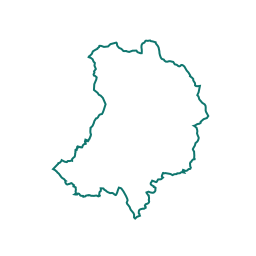 the district of Vorta, Hunedoara, Romania, rotated 37°
{"feature_id": "2599482B10924602672216", "entity_name": "Vorta", "entity_type": "district", "adm_level": 2, "iso_a3": "ROU", "parent_name": "Romania", "parent_adm1": "Hunedoara", "projection": "robinson", "projection_center": [22.662, 46.052], "detail": "fine", "context": "isolated", "style": "outline", "palette": "teal", "viewbox_px": 256, "rotation_deg": 37, "n_neighbors": 0, "source": "geoboundaries", "source_scale": "gbopen_adm2", "svg_char_len": 5821}
<svg xmlns="http://www.w3.org/2000/svg" viewBox="0 0 256 256"><g transform="rotate(37 128 128)"><path d="M188.2,196.0L188.4,195.0L188.6,193.6L189.2,192.7L190.3,190.9L189.1,190.2L188.9,189.8L187.9,189.6L187.2,188.7L186.6,187.6L186.4,186.9L186.7,185.7L187.1,185.1L187.6,184.4L187.8,184.3L188.5,183.3L189.3,183.0L190.1,181.0L189.3,180.5L189.2,180.1L188.5,180.1L188.2,179.9L188.1,179.7L188.0,178.4L188.3,177.7L189.0,176.9L189.3,176.2L189.5,174.9L189.0,173.8L187.8,172.9L187.7,172.4L187.2,171.6L186.3,170.5L185.2,169.8L185.1,169.4L184.5,169.5L183.9,169.2L182.5,168.9L181.6,168.5L181.5,168.4L182.2,167.3L182.7,166.5L184.6,166.0L186.4,165.1L187.1,164.5L187.5,163.8L187.5,163.1L187.7,162.6L187.6,161.8L187.4,161.3L186.5,160.1L186.2,159.4L185.9,159.1L185.6,159.1L184.1,159.6L183.7,159.1L182.8,159.2L181.3,159.4L180.7,159.4L180.0,159.2L179.4,158.5L179.3,158.2L179.2,157.7L179.3,156.9L179.0,155.5L183.0,154.3L183.3,153.8L183.0,151.0L183.6,150.4L184.6,149.7L185.4,148.7L185.5,147.7L185.8,146.5L184.9,146.4L184.6,146.5L184.3,146.5L183.6,145.3L183.5,144.5L183.0,142.9L183.1,142.7L184.2,142.4L185.0,141.5L189.3,139.3L189.8,139.1L191.6,138.9L192.0,138.8L192.6,137.3L193.5,136.4L194.3,135.8L194.6,135.4L194.6,134.6L195.9,133.6L196.7,132.8L196.9,131.9L197.2,131.3L197.6,130.8L199.7,129.8L198.7,129.4L197.5,129.2L197.2,128.3L197.8,128.1L199.7,127.7L200.4,127.0L200.9,126.1L201.1,124.4L201.7,123.9L202.2,123.3L202.3,123.1L202.0,121.8L200.8,121.2L198.8,118.9L198.5,117.8L198.9,116.7L198.6,115.8L199.0,113.7L200.0,112.9L199.9,112.6L198.7,111.9L197.7,110.3L194.9,107.0L193.9,106.7L192.5,105.9L192.2,104.1L192.0,101.9L191.8,101.4L191.6,100.8L191.0,99.5L191.5,97.2L191.4,95.9L190.8,94.0L190.2,93.1L187.9,91.8L186.3,90.7L185.5,89.1L184.5,88.0L183.8,87.5L182.7,86.6L182.1,86.6L180.1,86.4L179.4,86.5L180.1,85.5L180.8,83.6L181.5,82.5L182.1,82.1L182.8,80.7L182.9,80.0L182.3,79.4L182.5,78.2L183.1,75.4L183.7,74.5L185.0,72.6L184.9,70.1L180.5,68.1L179.4,67.2L177.6,64.7L176.5,63.6L175.0,63.0L172.1,63.2L167.7,62.2L165.3,60.4L163.6,60.1L162.9,57.0L160.1,51.1L158.6,52.6L157.1,53.6L155.9,53.6L155.3,52.7L154.4,51.8L151.6,50.8L151.1,50.3L150.6,49.6L149.2,49.3L146.3,49.3L146.1,48.6L142.9,47.3L140.3,46.8L136.1,45.0L134.5,44.9L133.6,45.0L133.0,45.3L132.7,45.6L132.5,46.0L132.5,46.9L132.0,47.8L131.5,48.1L130.3,48.3L130.0,48.2L128.9,48.2L127.0,49.0L124.4,48.0L123.8,48.2L123.2,48.6L122.0,49.0L120.6,49.9L119.7,51.2L118.4,52.2L116.7,52.3L115.5,51.8L113.3,52.5L111.8,52.0L109.8,50.7L108.2,49.4L106.8,47.8L104.1,45.4L102.6,44.6L99.3,43.7L98.5,42.9L95.6,44.0L93.9,44.9L93.0,44.8L92.1,45.7L91.4,46.5L89.8,47.4L89.5,48.2L89.7,49.9L88.7,51.8L89.0,53.7L90.1,55.4L91.8,57.1L93.0,58.6L93.9,60.0L92.9,60.8L89.9,61.7L88.2,61.1L85.2,63.4L83.2,66.5L81.3,67.4L80.2,67.6L79.2,68.5L78.0,69.3L76.6,69.0L75.0,68.8L72.7,69.4L70.8,69.0L69.7,68.6L68.0,67.0L67.2,66.9L63.5,71.6L63.0,74.9L60.0,77.7L57.4,78.5L56.0,79.3L55.7,79.8L56.2,80.8L55.7,82.6L55.9,83.2L55.1,84.7L53.9,87.7L53.9,88.2L54.5,90.6L54.2,92.7L54.0,93.9L53.7,94.4L53.9,95.1L56.1,94.4L58.4,94.4L60.5,95.7L62.4,96.0L63.7,98.4L66.8,100.2L66.8,103.2L67.9,104.0L68.2,105.9L69.2,106.6L70.2,106.2L72.5,106.4L73.5,108.4L74.7,113.3L77.9,118.1L82.5,118.2L84.7,119.0L86.7,118.6L89.8,119.1L95.8,122.5L97.9,128.5L98.6,130.9L98.8,132.5L97.6,133.9L97.2,135.3L97.6,137.6L97.3,139.0L96.7,139.6L96.8,140.9L96.9,141.8L97.0,142.9L97.5,144.0L97.6,144.6L97.9,145.0L98.0,146.1L98.3,146.9L98.4,147.9L98.2,149.2L98.0,150.1L98.0,150.6L98.7,151.2L98.7,151.5L99.5,152.7L99.7,153.0L99.9,153.3L100.7,154.2L100.9,154.5L102.3,155.4L102.4,155.8L102.9,156.5L102.9,157.1L103.2,157.5L103.2,158.2L103.4,158.8L103.7,159.4L103.8,159.6L103.6,160.3L103.9,161.6L104.0,161.8L104.0,162.4L102.9,162.4L103.0,163.4L102.7,163.5L102.2,162.9L101.7,162.7L101.0,162.9L101.8,164.8L102.5,165.2L102.8,165.7L103.6,165.8L103.8,166.1L103.1,166.8L102.7,167.2L102.4,168.6L102.5,169.3L102.8,170.3L103.0,170.9L102.9,171.3L101.9,171.7L101.7,172.0L100.8,172.1L100.4,172.8L99.1,172.8L98.8,173.0L98.8,173.8L99.0,174.1L99.5,174.1L99.5,174.7L99.8,174.7L99.9,174.9L99.8,175.6L100.0,176.1L100.3,176.4L100.3,176.6L100.0,176.7L99.3,176.8L99.2,177.0L100.2,178.6L100.7,179.0L100.9,179.4L101.0,180.0L101.6,180.7L102.6,182.7L102.7,183.1L102.3,184.5L102.1,186.0L102.1,186.5L103.1,187.8L102.3,188.1L101.6,189.2L101.1,189.7L100.0,190.4L99.7,190.8L99.8,191.6L99.6,192.1L97.8,193.0L94.4,193.6L94.6,194.1L94.6,194.6L94.5,196.6L94.2,197.2L93.7,197.7L93.5,198.0L93.7,198.5L93.8,198.7L93.7,198.8L93.7,199.2L92.9,205.9L95.2,205.5L96.5,205.7L97.0,205.6L98.4,206.0L98.7,206.1L99.0,206.0L100.3,206.1L100.9,206.3L101.7,206.5L102.2,206.8L102.4,206.7L104.4,207.4L105.6,207.5L107.6,207.3L108.4,207.4L109.1,207.7L109.6,207.7L109.5,207.8L110.3,208.3L110.4,208.9L110.9,209.3L112.6,209.9L113.4,209.7L113.7,209.5L114.3,208.5L114.7,208.0L115.0,207.8L115.1,207.6L115.5,206.7L115.7,206.4L116.1,206.0L118.0,206.2L118.9,206.2L119.1,206.2L119.1,206.3L119.4,206.6L119.4,207.4L119.5,207.5L120.4,207.2L121.9,206.9L122.2,207.1L122.5,207.7L123.4,208.5L123.7,208.9L124.2,210.1L125.0,210.7L125.4,211.2L125.5,212.5L125.3,213.1L125.7,212.9L126.2,212.7L127.4,211.8L127.4,210.5L127.9,210.2L128.7,210.0L130.7,210.6L131.8,210.1L133.0,209.3L133.7,209.8L135.1,208.2L135.1,207.4L136.8,205.4L137.3,205.4L137.5,204.9L138.2,204.6L139.2,204.4L141.8,202.6L142.6,201.7L143.7,200.8L145.0,200.6L145.4,200.4L145.3,199.4L146.2,199.3L146.1,198.9L145.4,198.9L144.2,197.1L143.8,195.9L144.2,194.9L143.5,193.6L142.5,192.6L143.5,191.9L144.8,191.1L146.4,191.6L147.6,191.3L149.0,191.5L150.3,191.4L152.9,190.8L154.4,189.4L155.6,189.1L156.8,189.2L158.3,189.1L158.7,188.5L158.2,186.1L157.3,183.6L156.6,181.1L158.1,180.5L159.1,180.3L162.6,181.4L167.3,183.5L170.0,185.0L171.2,186.0L171.9,188.4L173.0,189.1L174.8,189.5L176.8,190.1L178.7,191.3L179.5,191.7L183.4,192.6L184.9,193.4L186.7,195.8L188.2,196.0Z" fill="none" stroke="#0f766e" stroke-width="2"/></g></svg>